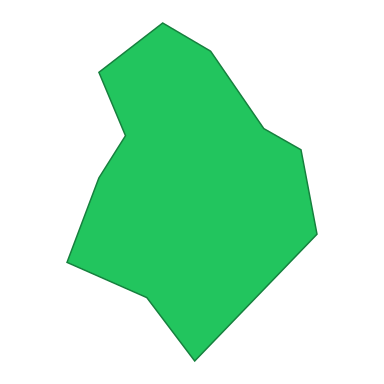 the state/province of Kirkop
{"feature_id": "MLT-5970", "entity_name": "Kirkop", "entity_type": "state/province", "adm_level": 1, "iso_a3": "MLT", "parent_name": "Malta", "parent_adm1": "", "projection": "equal_earth", "projection_center": [14.483, 35.841], "detail": "fine", "context": "isolated", "style": "filled", "palette": "green", "viewbox_px": 384, "rotation_deg": 0, "n_neighbors": 0, "source": "natural_earth", "source_scale": "10m", "svg_char_len": 270}
<svg xmlns="http://www.w3.org/2000/svg" viewBox="0 0 384 384"><path d="M194.7,361.0L146.8,297.6L67.0,262.4L98.9,177.9L125.5,135.7L98.9,72.3L162.7,23.0L210.6,51.2L263.8,128.6L301.0,149.8L317.0,234.2L194.7,361.0Z" fill="#22c55e" stroke="#15803d" stroke-width="1.5"/></svg>